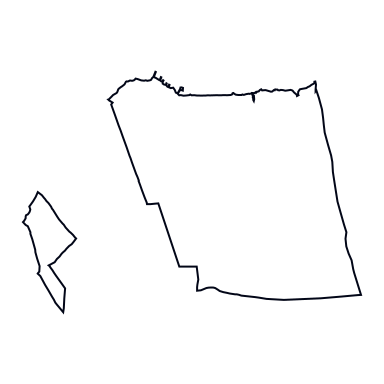 outline of Aana Alofi III, Aiga-i-le-Tai, Samoa
{"feature_id": "51752279B31519013517302", "entity_name": "Aana Alofi III", "entity_type": "district", "adm_level": 2, "iso_a3": "WSM", "parent_name": "Samoa", "parent_adm1": "Aiga-i-le-Tai", "projection": "equal_earth", "projection_center": [-172.012, -13.853], "detail": "fine", "context": "isolated", "style": "outline", "palette": "ink", "viewbox_px": 384, "rotation_deg": 0, "n_neighbors": 0, "source": "geoboundaries", "source_scale": "gbopen_adm2", "svg_char_len": 3544}
<svg xmlns="http://www.w3.org/2000/svg" viewBox="0 0 384 384"><path d="M315.3,81.5L314.4,81.7L314.4,82.7L313.9,83.6L311.5,84.8L309.6,86.3L307.9,87.0L306.3,88.1L300.7,89.1L299.8,89.4L298.2,91.8L298.1,94.5L298.5,95.2L297.0,96.0L296.7,94.7L293.9,92.3L293.1,91.2L292.4,90.5L290.6,89.9L286.8,90.5L285.2,90.7L283.0,90.1L280.8,89.9L279.4,90.4L278.0,90.2L277.5,89.6L276.8,89.6L275.2,89.4L274.7,90.3L273.8,90.1L272.3,91.5L271.0,91.7L265.6,90.1L264.2,90.2L262.1,90.4L261.2,89.3L259.9,90.0L258.7,91.4L257.1,91.7L256.1,92.7L255.8,92.1L254.4,93.1L252.3,93.0L252.7,94.6L253.9,95.6L254.2,99.3L253.8,101.0L253.2,99.9L253.3,98.7L252.8,97.6L252.9,96.2L252.1,94.1L251.6,93.3L249.6,93.9L248.8,93.7L246.3,94.1L243.8,94.9L242.3,94.5L241.6,95.0L238.3,95.0L235.9,94.7L234.4,93.9L233.4,93.0L232.6,93.2L232.1,94.4L230.7,95.0L227.2,95.2L223.3,95.1L221.0,95.3L216.4,95.2L210.0,95.4L207.7,95.3L206.0,95.5L201.4,95.6L196.7,95.5L194.3,95.2L191.6,95.3L190.2,94.5L189.4,95.1L186.2,95.5L183.5,95.7L180.8,95.1L179.2,95.3L177.7,93.7L179.8,90.5L180.8,89.9L182.8,90.6L183.0,87.9L181.6,87.4L180.5,87.5L180.1,89.0L178.0,92.7L177.2,93.2L175.8,92.6L174.8,90.0L173.2,87.7L170.7,88.1L169.4,87.5L168.9,86.8L169.5,84.9L169.1,84.7L168.4,87.1L167.4,86.7L166.3,85.3L166.7,83.5L166.4,83.3L165.8,84.9L164.0,84.5L162.7,83.6L162.7,82.0L163.5,80.5L163.1,80.2L162.3,81.6L161.3,81.4L160.4,80.6L160.4,79.9L161.3,77.3L160.9,77.1L159.8,79.9L159.3,80.1L155.8,77.9L154.1,77.2L154.0,76.6L155.8,72.0L155.4,71.8L153.4,76.8L152.0,78.2L151.1,79.8L150.0,80.3L147.3,80.8L145.8,80.3L144.1,80.7L141.3,80.4L137.7,79.1L135.6,78.6L134.7,79.7L133.7,80.4L132.1,80.8L130.0,80.5L127.9,81.5L126.5,81.4L125.9,81.8L124.5,84.4L122.1,86.3L120.7,87.2L118.8,88.7L118.2,89.4L117.4,91.8L116.6,93.0L113.1,95.0L111.7,96.5L108.7,99.5L108.3,99.6L109.2,100.5L112.6,102.6L111.2,104.5L115.0,115.1L118.6,125.4L120.6,130.5L122.6,136.2L126.6,147.2L129.5,155.7L130.5,158.1L131.8,162.0L136.1,173.9L137.4,176.8L138.8,180.5L138.6,181.0L140.1,185.0L141.9,190.1L144.7,197.6L146.7,202.5L147.0,204.1L150.8,204.1L155.8,203.6L158.3,203.4L179.3,266.6L196.7,266.6L198.3,279.6L197.4,284.5L197.1,287.1L197.1,290.7L200.9,290.3L206.5,288.0L208.9,287.6L211.9,287.5L213.6,287.6L215.3,288.1L218.0,289.8L219.7,291.0L223.2,292.1L227.6,293.0L229.6,293.5L234.9,294.3L236.6,294.3L239.0,294.8L241.3,295.6L255.1,297.1L258.7,297.6L266.6,298.9L283.9,299.9L320.7,298.3L341.0,296.6L357.7,295.1L361.0,294.9L354.2,273.0L353.2,269.1L351.6,260.3L348.6,253.5L346.3,246.4L345.5,238.7L346.4,232.2L344.0,224.6L340.7,213.0L337.5,201.6L334.2,180.6L332.9,172.0L332.3,161.9L331.1,155.4L328.1,145.1L324.7,132.6L323.8,125.0L323.1,118.0L322.0,109.5L318.9,98.0L316.3,90.2L315.6,91.2L315.6,89.4L316.0,84.6L315.3,81.5ZM63.2,312.2L63.8,308.3L64.3,298.3L65.1,288.4L61.7,283.6L56.3,276.1L54.1,272.9L52.5,270.3L50.2,267.2L49.8,266.3L48.7,265.4L54.7,262.2L56.9,259.0L59.6,256.5L61.4,254.0L62.7,252.6L65.0,250.6L66.4,248.8L69.1,246.0L71.7,244.2L73.4,242.1L76.1,238.5L74.9,237.3L73.0,234.9L70.6,232.6L69.3,231.6L65.6,227.5L63.7,224.6L62.7,223.7L59.1,219.5L57.3,216.8L52.9,209.7L52.0,208.7L51.1,206.7L48.5,203.1L46.4,201.0L45.1,199.1L44.1,198.0L41.9,195.2L37.8,192.1L35.7,196.9L33.0,201.4L30.3,205.2L29.3,206.5L30.3,209.4L30.0,210.8L29.3,212.5L27.8,214.4L26.1,215.2L25.7,216.3L25.6,218.4L24.1,220.9L23.0,222.1L25.3,224.6L26.0,225.2L27.8,226.2L30.4,232.2L30.4,233.8L32.3,239.3L35.2,249.7L35.4,252.3L37.2,258.8L39.6,266.1L39.3,271.6L38.1,273.0L37.7,273.6L40.3,276.0L45.1,284.9L48.6,290.7L52.1,296.8L53.9,299.7L55.3,302.6L56.8,304.5L63.2,312.2Z" fill="none" stroke="#020617" stroke-width="2"/></svg>